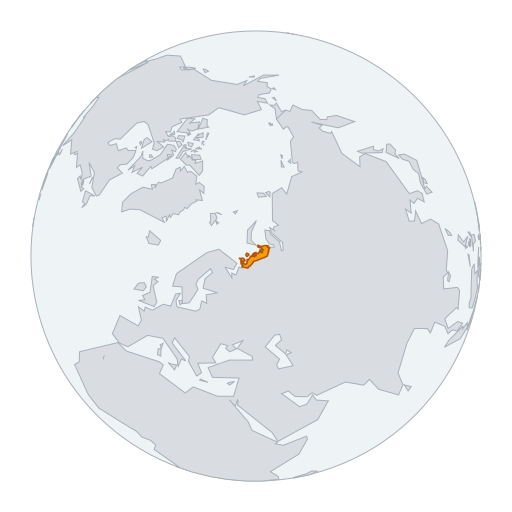 Nenets highlighted on a globe, orthographic projection, rotated 340°
{"feature_id": "RUS-2381", "entity_name": "Nenets", "entity_type": "Autonomous Province", "adm_level": 1, "iso_a3": "RUS", "parent_name": "Russia", "parent_adm1": "", "projection": "orthographic", "projection_center": [54.749, 68.144], "detail": "fine", "context": "on_globe", "style": "filled", "palette": "amber", "viewbox_px": 512, "rotation_deg": 340, "n_neighbors": 0, "source": "natural_earth", "source_scale": "10m", "svg_char_len": 16457}
<svg xmlns="http://www.w3.org/2000/svg" viewBox="0 0 512 512"><g transform="rotate(340 256 256)"><circle cx="256" cy="256" r="225" fill="#eef3f6" stroke="#a8b0b8"/><path d="M185.2,42.1L187.6,41.5L221.2,37.1L199.6,38.1L209.7,35.9L220.7,34.8L217.9,35.7L229.9,36.7L241.0,36.8L253.4,42.3L254.5,54.1L248.9,52.4L249.8,55.7L256.9,58.1L261.4,59.0L274.3,75.7L296.8,88.3L307.5,88.0L302.4,91.7L325.0,88.6L339.5,93.9L320.9,90.6L317.3,92.4L326.0,97.2L324.2,100.2L327.4,104.3L324.5,107.4L313.9,105.5L311.8,107.6L318.1,111.0L319.1,116.4L310.2,111.2L311.1,120.3L293.4,119.4L271.8,103.9L259.8,107.2L231.6,101.4L231.9,105.1L221.4,105.7L217.9,110.2L213.7,108.1L214.5,113.7L219.1,114.7L220.9,117.6L219.3,120.5L213.6,118.2L213.6,116.4L211.1,117.2L208.9,114.9L209.1,117.7L202.4,114.7L206.5,121.9L199.0,123.2L195.3,120.1L199.0,114.9L199.6,95.6L196.9,91.3L189.4,90.3L168.2,99.8L163.9,97.5L155.6,98.6L156.4,102.2L163.2,102.7L162.7,110.0L171.0,110.0L172.0,113.1L179.3,115.7L174.5,121.3L166.0,125.5L159.7,123.8L155.8,125.7L158.8,132.4L144.3,134.4L129.8,145.0L126.5,145.0L125.2,135.5L132.7,122.4L131.1,111.0L128.4,124.6L120.0,124.8L117.1,127.6L115.4,131.4L117.1,133.8L113.5,135.3L114.7,122.2L118.1,120.6L117.6,124.7L121.1,118.6L121.9,110.3L117.6,111.3L123.4,98.4L120.4,99.0L120.0,96.7L124.3,96.5L116.6,96.8L122.7,83.7L112.2,86.2L126.5,78.5L134.1,73.1L142.5,67.0L140.8,67.1L154.1,59.4L162.5,53.3L160.2,52.4L152.6,55.8L168.7,48.3L185.2,42.1ZM144.4,60.3L137.3,64.5L135.4,66.0L126.4,72.4L127.1,71.2L144.4,60.3ZM60.7,143.7L58.1,148.3L58.3,147.9L60.7,143.7ZM363.9,58.3L363.6,58.1L360.7,56.6L362.8,57.6L363.9,58.3ZM365.4,59.3L365.1,59.0L365.8,59.5L365.4,59.3ZM367.3,60.3L366.0,59.6L367.6,60.5L367.3,60.3ZM369.9,61.9L368.5,61.1L369.9,61.9ZM110.4,86.2L91.6,103.7L99.8,94.6L98.7,96.0L104.0,91.4L113.0,83.6L120.9,76.7L110.4,86.2ZM373.5,64.3L374.4,64.9L373.0,64.0L373.5,64.3ZM107.6,92.0L110.7,89.2L108.0,91.9L107.6,92.0ZM263.7,59.0L257.3,57.9L251.5,54.7L257.0,55.2L263.7,59.0ZM274.5,66.1L270.9,66.3L270.3,62.2L272.5,63.4L274.5,66.1ZM315.5,87.3L310.6,85.3L316.0,86.3L315.5,87.3ZM328.4,104.3L330.4,104.0L331.2,106.3L328.4,104.3ZM181.4,112.4L180.3,114.0L179.5,112.7L181.4,112.4ZM185.5,112.1L185.4,109.5L187.3,108.9L187.4,110.6L185.5,112.1ZM327.5,113.3L328.2,117.2L325.6,112.9L327.5,113.3ZM185.3,115.5L190.7,108.4L194.2,107.5L197.3,113.1L185.3,115.5ZM327.4,119.2L329.3,128.9L333.8,129.0L322.0,134.4L324.3,124.2L320.5,118.8L324.8,120.8L327.4,119.2ZM221.2,113.9L216.3,112.8L221.9,111.1L221.2,113.9ZM224.4,112.1L238.9,103.1L245.4,106.2L239.2,108.5L248.7,110.6L244.7,116.6L238.5,116.7L235.2,113.5L236.2,118.3L224.4,112.1ZM315.2,136.0L314.1,138.1L313.3,135.5L315.2,136.0ZM222.1,118.6L224.5,116.4L230.3,119.0L226.5,123.8L225.9,121.4L222.1,118.6ZM253.2,108.4L256.8,111.2L254.6,116.8L255.6,118.7L245.2,117.0L253.2,108.4ZM223.7,122.3L224.5,126.2L220.3,127.7L220.2,120.9L223.7,122.3ZM233.3,117.6L235.9,119.1L233.2,119.8L233.3,117.6ZM205.8,135.4L208.5,132.5L211.7,133.6L205.8,135.4ZM225.1,127.6L226.5,127.1L228.1,127.2L227.7,130.0L225.1,127.6ZM244.3,121.1L242.6,122.9L248.5,122.0L247.0,126.3L240.3,124.4L242.5,127.0L242.1,128.4L237.1,125.4L244.3,121.1ZM232.1,133.4L223.0,132.8L217.3,137.7L214.3,136.8L224.1,129.1L232.1,133.4ZM235.5,128.9L232.7,131.5L230.3,129.1L230.8,125.8L235.5,128.9ZM248.4,129.9L252.4,123.8L253.7,124.5L248.4,129.9ZM230.9,135.3L233.1,135.4L230.8,135.9L230.9,135.3ZM243.6,132.0L244.8,129.8L246.3,130.5L243.6,132.0ZM236.5,137.6L233.6,137.4L233.8,135.1L236.5,137.6ZM240.1,135.5L241.9,137.1L235.6,134.5L240.4,134.3L240.1,135.5ZM244.8,133.1L246.0,132.9L244.0,134.0L244.8,133.1ZM237.4,146.4L229.5,143.7L230.0,138.7L237.6,142.0L237.4,146.4ZM108.7,426.4L111.1,427.6L108.4,423.3L94.1,403.0L97.1,399.3L93.8,393.1L86.8,387.0L83.4,379.3L79.4,374.7L56.3,345.2L51.0,328.9L48.4,295.9L53.7,295.0L57.5,285.6L96.6,290.1L101.7,301.0L128.8,322.2L131.7,326.6L125.0,333.5L142.6,360.5L152.3,357.5L171.7,374.5L186.9,380.2L198.4,364.9L173.7,355.2L172.8,344.5L195.4,344.7L217.5,352.8L217.9,348.9L206.8,336.4L214.8,331.0L203.3,331.4L205.8,336.6L198.6,337.0L195.9,332.4L198.9,330.6L193.0,326.4L180.5,336.3L181.7,342.7L164.6,336.9L164.9,347.1L159.2,348.5L156.5,332.0L159.1,327.7L151.6,305.1L147.4,309.0L154.2,330.7L150.7,327.2L145.1,333.1L146.7,325.8L140.4,301.5L127.0,293.5L104.6,297.5L97.9,291.1L94.5,279.9L107.8,265.4L121.5,281.5L126.4,277.0L128.1,263.4L132.1,269.6L134.4,266.1L140.0,271.5L152.3,269.6L158.7,273.9L167.7,264.2L172.2,265.2L165.5,270.6L164.4,276.8L180.7,287.3L185.1,286.7L189.6,279.6L193.5,283.6L195.9,275.4L207.3,277.5L195.3,268.2L200.3,260.0L209.5,256.6L209.0,252.4L194.1,258.0L190.0,261.8L190.0,267.7L177.2,277.2L170.6,275.6L175.9,259.7L167.3,255.8L175.2,245.4L210.8,236.0L223.5,236.9L235.6,256.4L230.2,261.0L223.2,256.1L225.8,268.5L227.4,263.7L230.7,267.1L236.3,260.5L238.9,262.7L239.9,252.8L243.7,254.7L243.0,260.9L254.5,253.2L263.5,255.2L264.9,252.4L263.8,248.9L276.0,254.0L276.5,251.7L272.7,249.2L271.2,243.2L273.2,234.6L277.3,236.8L277.1,240.2L282.9,250.8L281.7,259.7L283.6,259.8L285.6,252.6L278.6,239.6L278.6,233.9L282.8,239.4L281.3,237.0L282.6,234.8L287.8,234.8L283.6,228.5L292.6,202.9L303.4,200.7L306.1,208.3L316.7,193.6L328.1,192.8L324.6,190.4L327.3,182.1L323.7,182.2L322.2,180.5L327.6,159.9L332.0,157.0L330.3,146.0L328.5,144.8L325.1,146.3L322.0,134.4L333.8,129.0L337.3,131.8L342.3,126.7L349.6,134.2L358.0,138.2L363.1,149.7L369.2,152.0L370.5,149.7L379.8,151.5L394.6,163.4L377.1,163.7L353.8,149.0L362.8,155.7L359.1,157.3L361.4,161.6L367.9,166.2L369.7,164.8L371.8,188.9L384.3,207.7L387.3,198.3L393.7,197.2L410.6,211.8L421.4,249.9L430.0,249.9L433.5,254.0L432.5,262.7L427.5,257.0L422.5,260.6L419.8,256.2L416.5,268.7L412.5,263.0L411.9,275.8L417.0,277.3L421.4,268.2L422.6,282.1L432.7,281.0L438.6,288.5L437.9,316.6L430.0,334.2L430.5,337.3L424.8,339.8L421.1,351.1L434.6,354.4L435.5,358.1L427.7,375.2L426.8,373.0L411.9,379.5L411.8,389.8L423.2,386.6L427.2,389.9L419.6,395.3L415.2,392.6L409.9,394.7L409.4,386.7L401.4,379.3L393.5,388.0L392.3,382.9L380.1,378.2L367.8,389.8L349.5,414.4L350.0,427.2L342.4,435.3L325.7,423.2L320.4,410.8L313.0,414.2L297.0,405.0L265.4,407.7L262.1,403.7L255.9,405.8L244.8,401.4L240.3,394.1L233.0,394.0L245.4,412.6L253.3,412.5L261.7,405.9L263.5,412.1L274.4,416.8L258.0,430.9L213.1,437.7L210.8,427.5L187.6,389.8L189.5,386.4L189.5,385.9L189.4,385.0L185.0,390.2L181.8,382.0L191.9,409.1L192.6,418.5L212.4,438.2L210.0,439.2L217.0,443.2L242.0,442.6L241.7,445.6L228.6,456.8L195.8,463.6L201.4,470.7L201.2,473.6L183.6,469.3L184.5,469.6L168.1,463.4L152.2,455.9L136.9,447.2L122.4,437.4L108.7,426.4ZM79.5,297.5L77.6,299.9L77.6,300.0L79.5,297.5ZM238.7,369.8L253.4,371.8L250.5,359.1L256.0,359.0L253.0,354.8L250.3,358.2L243.6,346.7L251.3,343.5L251.4,337.7L246.5,336.8L233.5,344.5L242.9,360.9L238.0,365.5L238.7,369.8ZM57.8,148.8L56.1,152.1L57.3,149.9L57.8,148.8ZM99.6,94.3L96.3,97.7L94.1,99.8L96.4,97.3L99.6,94.3ZM74.5,124.7L71.3,129.5L74.1,124.9L74.5,124.7ZM89.0,106.6L77.1,121.1L82.6,113.1L90.3,104.2L85.7,109.7L89.0,106.6ZM106.6,91.1L104.2,93.3L104.0,92.9L106.6,91.1ZM105.7,94.0L106.4,93.1L108.2,92.0L105.7,94.0ZM120.0,125.6L119.7,126.7L117.4,130.3L117.3,128.3L120.0,125.6ZM114.5,149.1L108.8,151.1L112.8,148.2L111.5,145.6L118.2,136.4L125.1,144.5L120.8,142.4L114.5,149.1ZM129.1,126.7L124.1,131.4L129.3,126.0L129.1,126.7ZM141.9,242.7L142.4,247.5L138.1,250.1L130.1,245.3L136.2,241.4L141.9,242.7ZM144.0,253.9L151.5,239.8L156.8,242.5L152.6,243.3L155.3,246.5L149.2,248.7L147.0,265.3L143.0,268.7L130.4,257.5L136.7,259.2L135.8,254.3L144.0,253.9ZM161.3,201.4L164.7,196.0L171.8,208.7L167.9,212.3L159.7,207.6L159.4,200.5L161.3,201.4ZM189.8,127.0L190.6,124.6L192.2,125.1L192.8,127.7L189.8,127.0ZM206.8,134.0L187.9,138.5L187.9,135.9L176.8,142.1L172.5,137.6L179.7,133.7L168.1,135.0L172.9,129.7L165.1,131.5L181.7,123.2L185.6,118.7L183.0,125.4L186.9,129.6L189.8,130.1L200.7,128.1L211.0,120.7L216.5,123.9L217.7,128.2L216.1,130.4L213.0,127.6L213.1,132.7L207.4,130.3L206.8,134.0ZM228.4,179.4L225.5,174.6L224.6,185.5L218.9,182.7L219.2,184.2L213.7,184.7L207.4,187.9L205.4,185.8L203.8,187.9L200.1,188.4L197.3,190.7L192.6,187.8L188.8,190.5L188.8,187.6L183.5,193.0L185.3,187.7L180.7,188.0L181.4,193.0L162.7,172.8L153.5,168.8L144.8,168.6L149.1,159.8L160.0,154.7L173.3,152.7L181.5,157.9L182.0,153.2L186.1,154.3L184.0,157.6L189.6,153.3L192.4,155.1L204.3,154.1L210.6,147.0L215.1,146.6L214.0,150.3L219.2,147.3L220.3,154.1L223.5,154.0L227.7,160.7L223.8,168.1L227.7,167.5L231.1,172.7L228.4,179.4ZM238.4,148.4L235.0,157.7L230.2,160.8L224.8,147.8L221.7,147.0L218.1,139.1L225.2,134.8L225.6,137.4L227.6,139.0L224.6,139.7L228.5,140.3L229.1,144.0L232.3,145.6L230.4,148.1L238.4,148.4ZM137.0,326.1L139.6,328.6L144.1,331.3L140.6,335.2L137.0,326.1ZM132.4,309.6L135.0,310.9L132.3,317.5L129.7,315.0L132.4,309.6ZM138.8,306.2L135.4,310.5L135.6,306.7L138.8,306.2ZM168.2,271.5L171.3,272.5L170.8,274.5L168.0,276.1L168.2,271.5ZM224.6,212.1L223.7,208.6L225.2,208.0L227.7,200.4L232.2,202.0L232.4,207.2L224.6,212.1ZM192.9,366.5L187.2,368.3L185.5,365.8L187.8,365.7L192.9,366.5ZM161.6,352.5L167.7,358.3L160.6,353.5L161.6,352.5ZM229.9,212.6L230.4,209.2L232.3,212.1L229.9,212.6ZM235.5,202.7L238.1,205.5L233.0,201.3L235.5,202.7ZM214.7,477.5L217.3,477.0L229.3,477.9L234.7,477.0L239.8,479.2L232.4,480.0L214.7,477.5ZM456.7,358.3L456.0,359.6L456.9,357.9L456.7,358.3ZM453.4,364.4L456.8,358.1L452.4,366.1L453.4,364.4ZM462.0,347.2L458.1,355.6L461.5,348.3L463.0,344.8L462.6,345.8L462.0,347.2ZM450.9,368.6L435.5,390.5L428.9,397.7L430.9,394.6L441.6,381.6L450.9,368.6ZM430.3,395.3L419.6,403.5L401.8,406.2L408.2,401.3L426.3,392.8L425.2,395.1L431.7,390.9L430.3,395.3ZM454.5,356.9L453.3,361.7L445.3,373.8L441.4,378.6L438.7,377.7L440.2,373.2L443.6,368.9L454.2,342.1L458.3,337.9L455.6,347.5L458.9,345.5L454.5,356.9ZM351.2,427.8L357.2,431.8L352.8,434.8L351.2,427.8ZM456.6,327.7L453.6,339.6L455.8,326.9L456.6,327.7ZM456.8,317.8L457.9,319.7L455.5,320.6L456.8,317.8ZM432.1,341.1L428.6,346.2L427.7,344.5L431.5,336.9L432.1,341.1ZM443.1,294.8L446.4,300.6L446.9,303.5L443.7,302.4L443.1,294.8ZM268.5,222.9L260.0,231.7L256.8,239.4L259.6,245.8L252.0,240.7L256.9,228.8L268.5,222.9ZM289.2,205.1L286.6,199.8L290.1,199.7L291.1,200.9L289.2,205.1ZM286.0,203.6L278.4,201.5L278.6,197.0L284.5,199.5L286.0,203.6ZM254.0,207.0L251.1,209.4L249.7,206.9L254.0,207.0ZM476.6,301.8L476.0,304.5L475.5,306.2L476.9,299.3L474.3,308.8L477.3,296.2L477.9,294.6L479.4,285.1L480.1,279.0L476.6,301.8ZM470.2,324.2L469.9,325.6L469.0,327.8L470.2,324.2ZM471.6,319.9L474.2,311.8L471.2,321.5L471.6,319.9ZM460.9,342.6L462.0,342.5L465.7,333.2L462.9,341.2L464.8,339.5L463.7,342.6L461.9,344.1L460.3,349.8L458.6,353.1L458.3,351.6L460.3,343.9L462.0,338.6L468.3,323.7L460.9,342.6ZM471.8,317.2L471.0,316.9L471.5,313.3L472.4,312.2L471.8,317.2ZM467.5,316.8L464.2,319.3L462.0,326.0L465.5,310.0L468.3,310.3L467.5,316.8ZM463.3,314.0L461.3,320.3L462.7,312.1L463.3,314.0ZM460.3,320.3L459.1,318.2L461.2,314.7L460.3,320.3ZM464.5,311.5L463.3,306.0L465.1,306.6L464.5,311.5ZM455.8,313.8L461.8,309.8L455.6,318.9L451.1,310.1L453.4,305.3L455.8,313.8ZM441.6,246.5L438.7,244.5L439.5,239.3L441.3,242.1L441.6,246.5ZM439.7,221.1L438.8,237.3L437.6,250.5L440.0,248.8L443.3,256.3L437.6,256.2L435.5,243.2L437.0,234.1L433.4,228.4L432.2,219.4L426.5,214.9L424.7,209.8L430.4,211.1L439.7,221.1ZM424.0,213.4L413.6,203.2L417.0,195.8L420.0,196.4L423.4,204.1L421.4,207.6L424.0,213.4ZM412.1,198.7L410.0,202.0L390.4,195.4L387.2,192.3L403.9,193.0L402.8,196.2L407.0,199.2L412.1,198.7ZM316.5,138.8L314.3,138.2L316.4,137.2L316.5,138.8ZM320.2,180.7L318.6,178.2L321.1,176.9L320.2,180.7ZM315.3,170.5L313.6,173.6L313.7,169.4L315.3,170.5ZM310.3,181.0L312.2,174.5L312.8,182.1L310.3,181.0Z" fill="#d9dde1" stroke="#a8b0b8" stroke-width="1"/><path d="M239.5,261.4L239.6,261.2L239.8,261.1L239.9,260.6L240.2,260.5L240.1,260.4L240.0,260.0L240.2,259.9L240.2,259.6L240.3,259.5L240.2,259.1L240.1,258.9L239.8,258.5L239.4,258.3L239.4,258.1L239.4,257.9L239.5,257.7L240.0,256.8L240.1,256.4L240.3,256.5L240.3,256.4L240.2,256.3L240.3,256.0L240.3,255.8L240.3,255.7L240.5,255.7L240.4,255.5L240.4,255.3L240.6,255.3L240.5,255.2L240.9,255.0L240.5,255.1L240.6,254.9L240.8,254.3L240.8,254.1L239.7,252.6L240.0,252.5L240.6,253.1L242.5,253.4L242.9,253.6L243.3,253.9L243.4,254.4L244.0,255.2L243.9,255.3L244.0,255.3L244.0,255.7L244.1,256.2L244.1,256.4L244.1,256.5L243.6,256.4L243.0,256.6L242.1,256.6L242.0,256.8L241.9,257.1L241.7,257.1L241.5,257.3L241.2,257.6L241.2,257.9L241.2,258.1L241.4,258.2L242.1,258.8L242.3,259.9L242.6,260.2L243.0,260.2L243.3,260.1L243.4,260.3L243.1,260.6L243.4,260.4L243.9,260.3L244.7,260.1L244.9,260.2L245.0,260.4L245.0,260.1L245.3,259.8L245.3,259.4L245.3,259.1L245.4,258.9L245.5,258.6L245.8,258.2L245.6,257.7L246.0,257.4L246.0,257.6L246.3,257.3L246.7,257.4L247.0,257.2L247.1,257.3L247.3,257.4L247.4,257.5L247.6,257.6L247.2,257.2L247.2,256.8L246.9,256.4L247.0,256.4L247.3,256.7L247.7,256.7L249.1,255.9L248.8,256.2L249.0,256.1L249.4,255.7L249.7,255.5L250.3,254.9L250.4,255.0L250.7,255.0L251.2,254.7L251.4,254.7L252.1,254.3L252.3,254.2L252.3,254.4L252.1,254.5L252.5,254.5L252.5,254.8L252.2,255.0L252.4,255.2L252.6,255.2L252.9,254.9L253.0,254.9L253.1,254.7L252.8,254.2L253.0,254.0L253.0,253.9L252.8,254.0L252.6,254.2L253.9,253.1L254.8,252.7L255.4,252.6L255.7,252.6L255.4,252.8L254.4,253.0L254.5,253.1L254.9,253.1L255.0,253.2L254.7,253.4L254.7,253.6L254.7,253.8L254.5,254.0L254.8,254.6L254.8,255.0L254.6,255.2L254.4,254.9L254.3,255.0L254.5,255.2L254.1,255.1L253.9,255.2L253.8,255.5L254.6,255.6L254.9,255.7L255.0,255.6L255.2,255.3L255.2,255.5L255.6,255.3L255.9,255.9L256.1,255.9L256.3,255.6L256.2,255.3L256.3,255.0L256.5,254.7L256.9,254.3L257.4,254.3L257.8,254.0L258.1,254.1L258.5,254.1L259.0,254.3L259.4,254.3L259.7,254.3L259.8,254.1L260.1,253.6L260.5,253.5L260.6,253.3L260.5,253.2L260.8,252.9L260.9,253.2L261.0,253.4L261.1,253.5L261.3,253.4L261.0,253.3L261.0,253.1L261.0,252.9L261.8,252.4L262.3,252.4L262.0,252.6L261.8,252.7L262.2,252.8L262.7,253.3L262.6,253.6L262.4,253.6L262.2,253.9L262.2,254.1L262.3,254.3L262.2,254.5L262.3,254.7L263.1,255.0L263.4,254.8L263.5,254.4L263.4,254.1L263.2,253.8L263.2,253.6L263.4,253.4L263.6,253.5L264.1,253.3L264.4,253.0L264.6,252.6L264.8,252.6L264.7,252.5L264.7,252.2L264.6,251.7L264.4,251.5L264.4,251.8L264.2,251.7L264.1,251.2L263.7,250.5L263.5,250.1L263.4,250.0L263.4,249.8L263.5,249.7L264.1,249.6L264.0,249.4L264.0,249.2L264.3,248.8L264.5,248.9L265.0,249.0L265.5,249.1L266.7,249.0L267.8,249.2L268.8,249.5L269.5,249.8L270.2,250.3L269.9,250.3L269.9,250.8L270.0,250.9L270.1,250.7L270.1,250.4L270.2,250.6L269.9,251.0L269.7,251.5L269.8,251.7L269.8,251.9L269.8,252.0L270.1,252.1L270.1,251.9L270.6,252.2L270.9,252.1L271.0,252.2L271.0,252.4L271.2,252.5L271.4,252.9L271.6,253.0L271.6,253.3L271.4,253.5L270.8,253.8L270.4,253.8L270.2,254.0L270.2,254.4L270.2,254.7L270.0,254.8L270.0,255.0L269.3,255.5L269.5,255.7L269.5,255.9L269.6,256.0L269.3,256.4L269.3,256.5L268.9,256.6L268.4,257.0L268.1,257.4L268.2,258.2L266.8,259.4L266.5,259.9L264.2,260.2L263.9,260.3L263.9,260.2L254.5,260.5L252.0,260.1L251.8,260.3L251.5,260.4L251.5,260.6L251.0,260.7L251.0,260.9L250.9,261.0L251.0,261.2L246.9,263.5L245.5,263.4L245.4,263.6L245.2,263.6L244.8,264.0L244.8,264.4L244.6,264.5L244.2,264.4L243.7,264.4L242.6,263.4L241.8,263.1L241.7,263.1L240.4,262.2L240.0,261.9L239.9,261.6L239.7,261.4L239.5,261.4ZM249.8,251.8L249.8,252.0L249.6,252.3L249.5,252.1L249.7,251.8L249.3,252.1L249.1,252.3L248.9,252.8L248.4,253.0L248.2,253.2L247.2,253.3L246.9,252.7L246.9,252.2L246.8,251.9L246.9,251.6L247.0,251.4L247.1,251.1L247.5,250.6L248.0,250.3L248.5,250.3L249.6,251.4L249.8,251.8ZM263.8,249.0L263.7,249.3L263.8,249.4L263.6,249.4L263.5,249.6L263.2,249.5L262.6,249.6L262.5,249.4L262.6,249.2L262.3,248.9L262.2,248.9L261.6,248.7L261.9,249.0L261.3,248.5L261.1,248.2L261.1,247.9L260.9,247.8L261.0,247.6L260.9,247.5L261.4,247.7L261.0,247.2L261.3,247.0L261.3,246.9L261.6,246.6L261.7,246.8L262.0,247.0L262.2,247.3L262.3,247.4L262.4,247.7L262.7,247.8L262.9,248.0L263.1,248.0L263.5,248.5L263.7,248.9L263.8,249.0ZM250.8,254.4L251.3,254.5L250.8,254.6L250.3,254.9L250.4,254.7L250.8,254.4ZM262.3,251.7L262.3,251.8L262.0,251.5L261.6,251.1L262.1,251.4L262.3,251.7ZM255.3,255.3L255.4,255.5L255.2,255.6L255.3,255.4L255.3,255.3ZM254.7,255.2L254.9,255.2L254.8,255.4L254.7,255.3L254.7,255.2ZM256.9,252.8L257.1,253.0L256.7,253.0L256.7,252.9L256.9,252.8ZM255.9,252.6L255.8,252.8L255.7,252.8L255.9,252.6ZM255.2,253.4L255.5,253.5L255.2,253.4ZM247.5,253.4L248.0,253.6L247.5,253.4L247.5,253.4ZM256.3,252.9L256.4,253.0L256.2,252.9L256.3,252.9ZM249.3,252.6L249.5,252.5L249.4,252.6L249.3,252.6ZM248.9,252.8L249.1,252.7L248.9,252.8L248.9,252.8Z" fill="#f59e0b" stroke="#b45309" stroke-width="1.5"/></g></svg>